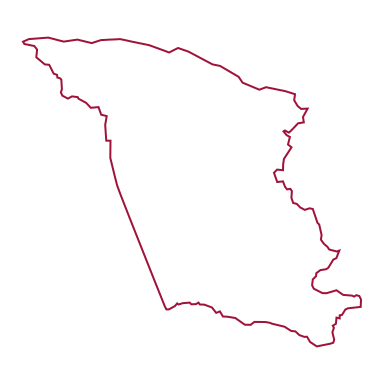 Isabela, Puerto Rico
{"feature_id": "32010507B24410852555408", "entity_name": "Isabela", "entity_type": "district", "adm_level": 2, "iso_a3": "PRI", "parent_name": "Puerto Rico", "parent_adm1": "", "projection": "natural_earth1", "projection_center": [-66.998, 18.445], "detail": "fine", "context": "isolated", "style": "outline", "palette": "rose", "viewbox_px": 384, "rotation_deg": 0, "n_neighbors": 0, "source": "geoboundaries", "source_scale": "gbopen_adm2", "svg_char_len": 2289}
<svg xmlns="http://www.w3.org/2000/svg" viewBox="0 0 384 384"><path d="M360.7,306.9L361.0,299.5L359.3,296.0L356.3,295.2L354.1,296.6L352.0,295.6L343.2,294.9L336.5,290.3L326.5,293.2L322.4,293.1L313.8,288.7L312.1,285.3L312.8,279.4L316.1,276.1L316.3,273.2L320.4,270.1L326.2,269.2L328.3,267.8L333.3,259.6L336.4,258.1L339.3,250.6L336.7,251.5L329.2,249.5L327.5,246.9L323.8,243.7L320.9,239.6L321.6,235.1L319.2,224.5L317.5,222.9L312.8,209.0L309.5,208.3L304.8,209.9L300.3,207.5L296.8,203.9L293.2,203.0L291.4,197.8L291.9,191.2L290.3,188.8L287.1,189.4L285.0,186.7L283.0,181.4L277.2,182.0L274.0,172.8L277.1,169.6L283.0,170.2L283.2,163.7L283.3,163.6L283.9,159.0L291.5,147.3L288.0,144.5L289.9,137.0L286.6,135.1L283.5,131.4L284.9,130.5L288.9,132.6L291.0,130.7L298.1,123.3L303.8,122.4L303.0,117.0L307.6,108.6L301.1,108.9L297.7,106.1L294.2,100.3L295.0,94.2L285.1,91.1L279.6,90.0L266.0,87.2L264.7,87.7L259.4,89.7L248.9,85.3L242.6,82.7L238.6,76.8L220.0,65.9L212.5,64.4L188.2,51.5L186.4,50.9L182.9,49.7L182.4,49.5L178.0,48.0L171.7,51.2L170.9,51.6L169.1,52.5L164.9,50.9L149.5,45.3L148.8,45.1L144.9,44.3L129.8,41.2L125.5,40.2L120.0,39.1L117.0,39.3L114.9,39.4L108.0,39.7L103.4,40.0L101.0,40.1L96.9,41.4L93.5,42.5L91.7,43.1L79.8,40.2L77.5,39.6L74.6,40.0L67.2,41.1L63.8,41.6L59.8,40.6L48.3,37.6L28.9,39.1L23.0,41.7L24.4,44.0L34.3,46.0L37.1,49.6L36.3,57.3L44.8,64.4L49.2,64.8L53.7,73.7L57.0,74.8L57.4,77.6L59.7,78.1L61.3,79.5L61.9,89.0L60.9,92.5L62.4,95.7L67.9,98.6L72.0,96.4L77.7,97.1L78.5,98.7L86.2,102.9L90.8,107.8L98.5,107.1L100.8,113.6L101.2,114.7L106.7,116.1L105.2,124.9L106.0,137.1L106.3,140.7L110.5,140.7L110.3,157.9L114.8,176.3L117.2,185.6L120.6,194.8L130.8,220.9L155.1,282.1L164.9,306.5L166.4,309.4L168.9,309.4L174.9,306.1L177.2,303.4L178.5,304.5L182.7,303.2L189.7,302.6L191.3,304.3L196.0,304.1L198.5,302.6L199.8,304.5L204.2,304.6L212.0,307.5L216.2,312.9L219.9,311.4L222.9,316.5L227.3,316.7L235.3,318.0L244.8,324.7L250.7,324.8L254.4,321.9L263.9,322.0L266.0,322.1L270.3,322.9L271.6,323.6L284.5,326.7L291.1,330.9L295.4,331.4L299.4,335.1L304.4,336.9L307.0,336.7L310.1,342.0L316.8,346.4L330.3,343.7L333.3,342.7L334.2,339.7L332.4,332.3L333.9,327.8L332.8,325.7L335.9,323.8L336.5,317.6L339.7,318.4L339.7,315.3L342.0,314.9L345.4,309.5L348.0,308.3L360.7,306.9Z" fill="none" stroke="#9f1239" stroke-width="2"/></svg>